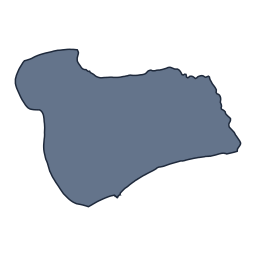 Ar Raydah wa Qussay'ar, Hadramawt, Yemen
{"feature_id": "15242507B55233567675049", "entity_name": "Ar Raydah wa Qussay'ar", "entity_type": "district", "adm_level": 2, "iso_a3": "YEM", "parent_name": "Yemen", "parent_adm1": "Hadramawt", "projection": "mercator", "projection_center": [50.363, 15.159], "detail": "fine", "context": "isolated", "style": "filled", "palette": "slate", "viewbox_px": 256, "rotation_deg": 0, "n_neighbors": 0, "source": "geoboundaries", "source_scale": "gbopen_adm2", "svg_char_len": 5094}
<svg xmlns="http://www.w3.org/2000/svg" viewBox="0 0 256 256"><path d="M24.4,60.8L23.0,62.5L20.8,66.1L19.7,67.9L18.8,69.6L17.9,71.7L17.1,73.6L16.4,75.4L15.9,77.3L15.4,79.1L15.4,81.3L15.4,83.4L15.9,85.6L16.6,87.9L17.5,90.0L18.3,91.8L20.1,95.8L21.1,97.9L22.2,99.9L23.3,101.6L24.4,103.3L25.4,104.9L26.7,106.5L28.1,107.9L30.0,109.0L31.8,109.4L33.9,109.7L36.0,109.8L39.7,109.9L41.3,111.1L42.4,112.6L43.3,114.7L43.7,116.6L44.0,118.7L44.2,121.6L44.5,123.8L44.7,127.7L44.5,132.6L44.6,134.7L44.5,136.9L44.2,139.2L43.7,145.1L43.7,147.1L43.8,149.4L44.1,151.7L44.5,153.6L45.0,155.7L45.4,157.6L45.9,159.4L46.8,161.4L47.5,163.3L48.2,165.8L49.8,171.3L50.2,172.0L52.3,176.5L53.4,178.4L53.7,178.8L55.8,182.3L57.1,184.2L58.4,186.1L59.8,188.3L61.2,190.4L63.5,193.7L64.8,195.0L67.7,197.9L69.3,199.4L71.0,200.7L72.6,201.8L74.5,202.8L76.5,203.7L80.2,204.4L82.5,204.9L86.4,206.0L88.4,206.7L91.6,204.9L93.1,204.0L97.1,201.7L98.9,200.8L99.2,200.6L99.6,200.5L100.3,200.2L100.6,200.0L102.2,199.3L103.2,198.8L103.5,198.7L105.1,198.0L108.2,196.8L109.9,196.2L111.7,195.7L111.9,195.7L112.3,195.6L112.8,195.5L113.2,195.4L114.3,195.2L114.5,195.2L114.8,195.4L114.9,195.5L115.1,195.7L115.2,195.8L115.1,196.0L115.1,196.3L115.3,196.3L115.5,196.4L115.6,196.5L115.8,196.5L116.0,196.6L116.4,196.6L116.5,196.7L116.6,196.8L116.6,197.0L116.6,197.3L116.7,197.5L116.7,197.4L116.8,197.5L117.0,197.6L117.4,197.7L117.6,197.5L117.7,197.2L117.9,196.5L118.2,196.1L118.3,195.8L118.7,195.5L118.9,195.4L118.9,195.5L119.0,195.4L119.4,194.9L119.5,194.8L119.8,194.8L119.7,194.7L119.8,194.6L120.0,194.4L120.2,194.5L120.3,194.4L120.5,194.3L120.7,194.2L120.5,194.3L120.4,194.3L120.3,194.1L120.2,193.8L120.3,193.5L120.3,193.1L120.6,192.7L120.9,192.4L121.2,192.1L122.3,190.9L123.8,189.4L124.3,188.9L125.1,188.2L125.7,187.8L127.1,186.9L127.4,186.6L127.8,186.3L128.0,186.2L128.8,185.5L129.2,185.1L129.7,184.7L130.2,184.3L132.5,182.6L132.7,182.4L133.2,182.1L134.5,181.2L134.8,180.9L135.9,180.1L136.0,180.1L136.5,179.9L136.6,179.7L136.9,179.6L137.1,179.5L137.4,179.2L137.6,179.1L137.8,178.9L138.0,178.9L138.2,178.7L138.3,178.7L140.0,177.6L140.4,177.4L140.6,177.2L140.8,177.1L141.0,177.0L141.5,176.7L142.3,176.2L143.0,175.8L143.1,175.7L143.3,175.6L144.1,175.2L144.3,175.1L145.0,174.8L145.2,174.7L145.3,174.5L145.4,174.4L145.6,174.4L145.9,174.3L146.0,174.2L146.8,173.8L147.0,173.6L147.5,173.4L147.9,173.2L149.2,172.5L152.6,170.8L155.1,169.4L155.6,168.9L156.1,168.8L156.5,168.4L156.6,168.2L157.8,167.5L158.3,167.3L158.5,167.2L160.0,166.9L160.6,166.9L160.9,166.8L163.0,166.4L163.6,166.2L163.8,166.2L164.0,166.1L169.6,164.1L173.4,163.0L178.8,161.5L180.4,161.0L182.0,160.9L182.4,161.0L184.9,160.5L185.6,160.2L188.9,159.4L191.7,158.8L194.4,158.2L196.3,157.9L197.4,157.7L198.0,157.5L198.9,157.5L203.1,156.9L204.5,156.7L205.7,156.4L206.8,156.4L208.0,156.3L208.9,156.3L209.3,156.1L209.9,156.2L210.4,156.2L211.1,156.0L213.7,155.4L215.8,154.9L219.1,153.9L221.8,153.3L223.3,153.2L224.0,153.2L225.1,153.5L225.7,153.5L226.5,153.9L226.9,153.9L230.8,153.0L234.5,152.1L237.2,151.3L237.3,150.4L237.5,148.9L238.3,147.7L239.2,146.4L239.9,145.4L240.6,143.8L240.5,142.9L240.3,142.5L240.4,142.4L239.7,141.0L238.9,139.8L238.0,138.5L236.4,136.1L235.5,135.0L234.9,133.7L234.2,132.4L233.2,131.3L232.2,130.2L230.2,128.1L229.2,127.0L228.9,125.6L228.8,124.1L229.4,122.7L230.1,121.5L230.5,120.2L230.5,118.6L229.5,117.5L228.4,116.6L227.3,115.5L226.2,114.4L225.5,113.3L225.2,111.8L224.0,110.6L222.8,109.8L221.5,109.2L221.1,107.8L221.5,106.5L221.4,105.1L221.0,103.9L220.3,102.3L220.5,101.0L220.7,99.4L220.6,97.9L220.2,96.5L219.5,95.2L218.4,94.3L217.1,93.9L216.1,92.5L216.3,91.1L216.3,89.7L215.6,88.4L214.9,87.2L214.1,86.1L213.1,84.8L212.2,83.6L211.6,82.4L210.9,81.1L210.2,79.9L209.7,78.5L209.4,77.0L208.4,76.2L207.1,76.7L205.8,77.3L204.5,76.8L203.4,76.0L201.9,75.6L200.5,75.8L199.1,76.2L197.8,76.8L196.7,77.9L195.3,78.5L194.3,77.6L193.0,76.7L191.7,76.2L190.0,76.2L188.9,77.1L187.8,77.8L186.5,77.1L186.3,75.7L186.0,74.4L184.6,74.2L183.3,75.0L182.0,74.6L181.4,73.3L180.6,71.9L179.8,70.8L178.8,69.8L177.5,69.1L176.1,69.1L174.6,69.0L171.9,67.9L170.6,67.4L169.2,67.3L167.8,67.6L166.3,68.3L163.6,69.1L162.2,69.5L160.8,69.8L159.4,70.1L158.0,70.1L156.4,70.3L155.1,70.7L153.6,70.8L152.2,70.7L150.9,70.1L149.5,70.4L148.1,71.0L147.1,72.0L146.1,73.1L144.8,74.0L143.4,74.4L142.0,74.7L140.6,74.8L137.6,75.3L136.0,75.4L134.6,75.4L133.1,75.4L131.7,75.3L130.4,75.1L128.9,75.3L127.5,75.8L126.1,76.0L124.7,76.4L123.3,76.5L120.5,77.1L119.0,77.3L117.5,77.4L113.3,77.4L111.9,77.2L110.3,77.2L109.0,77.3L107.5,77.4L104.7,77.5L103.2,77.6L101.8,77.8L100.4,77.8L99.0,77.5L97.7,77.1L96.3,76.5L95.1,75.7L94.0,74.7L92.8,73.9L91.5,73.2L90.3,72.5L89.6,71.2L88.2,71.4L87.1,70.6L86.0,69.6L84.6,69.6L83.3,69.2L82.1,68.4L81.2,67.4L80.4,66.1L78.7,63.7L77.9,62.4L77.3,61.1L77.2,59.5L77.2,58.0L77.9,55.2L78.3,53.8L78.4,52.3L77.8,50.9L77.3,49.8L73.2,49.4L71.2,49.4L69.3,49.3L67.3,49.4L65.3,49.6L62.3,49.9L60.0,50.2L57.7,50.3L55.7,50.7L53.7,51.1L51.7,51.7L47.7,52.6L45.8,53.0L43.6,53.6L41.5,54.2L39.6,54.8L37.7,55.5L35.3,56.5L33.5,57.4L31.7,58.4L30.0,59.1L26.3,60.3L24.4,60.8Z" fill="#64748b" stroke="#1e293b" stroke-width="1.5"/></svg>